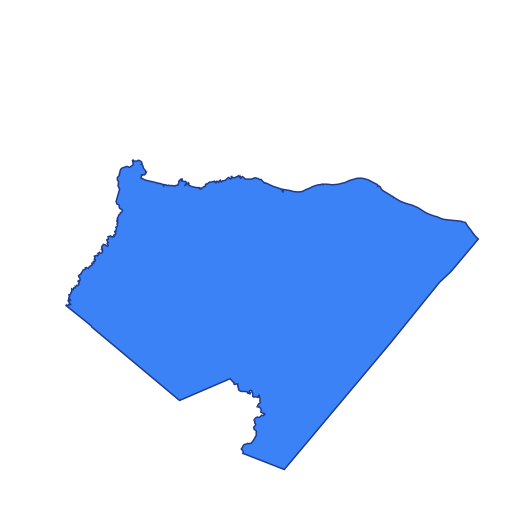 Adelaide Plains, South Australia, Australia (Mercator projection), rotated 130°
{"feature_id": "25037944B85276451636106", "entity_name": "Adelaide Plains", "entity_type": "district", "adm_level": 2, "iso_a3": "AUS", "parent_name": "Australia", "parent_adm1": "South Australia", "projection": "mercator", "projection_center": [138.456, -34.51], "detail": "fine", "context": "isolated", "style": "filled", "palette": "blue", "viewbox_px": 512, "rotation_deg": 130, "n_neighbors": 0, "source": "geoboundaries", "source_scale": "gbopen_adm2", "svg_char_len": 6146}
<svg xmlns="http://www.w3.org/2000/svg" viewBox="0 0 512 512"><g transform="rotate(130 256 256)"><path d="M100.1,96.6L99.9,100.0L99.2,103.8L98.1,108.0L97.1,112.8L95.7,117.2L96.6,118.7L97.6,121.4L105.9,133.6L107.5,136.3L108.5,138.7L109.6,142.7L110.7,144.8L112.9,150.8L113.8,154.4L114.9,163.0L116.9,169.7L118.6,173.2L120.8,178.9L121.5,181.7L122.4,187.2L122.9,188.1L122.4,188.5L122.5,189.4L122.7,190.4L123.1,190.9L122.9,191.5L124.4,201.2L124.2,202.9L123.3,205.1L123.2,206.3L123.4,206.7L124.5,207.5L123.5,208.1L123.3,209.0L125.0,216.5L125.3,216.9L125.1,217.3L125.5,219.0L127.5,223.4L129.1,225.9L131.5,228.5L137.6,232.7L142.6,235.1L148.5,239.4L152.9,243.9L154.1,246.0L157.2,250.1L157.8,250.5L158.2,250.4L158.2,251.4L159.8,252.4L162.1,254.6L166.5,257.3L169.5,258.5L172.9,260.4L176.6,261.9L178.3,263.3L180.2,265.3L182.6,268.9L183.9,271.8L187.5,277.9L188.2,278.0L189.1,276.6L189.7,276.3L190.0,275.9L188.9,277.6L190.0,277.7L188.3,278.1L188.0,279.1L188.2,279.6L188.8,279.9L188.9,280.9L189.2,281.3L189.4,282.2L191.7,287.8L193.4,294.3L194.2,296.2L194.8,296.5L194.5,297.1L194.5,299.1L194.0,301.2L195.1,302.5L195.3,304.1L196.4,306.6L197.8,307.8L199.5,308.4L204.0,313.6L203.8,314.9L203.9,317.5L204.8,317.8L206.0,317.8L205.3,319.2L206.2,318.7L205.7,321.0L207.1,321.3L208.0,322.0L209.5,322.4L211.4,324.8L210.6,325.6L210.9,326.0L211.5,325.8L212.3,324.9L213.4,325.0L213.6,326.3L213.3,327.3L213.6,327.6L217.8,328.2L220.0,329.9L221.6,330.3L221.6,330.7L221.2,331.1L220.9,332.2L223.6,332.0L223.3,333.2L224.0,333.5L224.2,334.3L224.5,334.3L226.0,333.3L225.3,334.4L225.3,334.7L226.0,335.2L225.4,335.9L227.8,337.5L229.2,339.0L230.1,339.4L231.8,339.5L232.5,339.9L232.6,340.4L232.9,340.5L233.7,340.6L234.6,339.9L235.8,339.8L236.1,340.4L239.0,341.2L239.3,341.0L239.4,341.8L240.2,342.6L240.6,342.2L240.6,342.7L240.1,342.8L240.1,343.4L241.7,345.3L243.4,348.4L245.2,353.0L243.9,353.6L243.3,354.7L244.6,354.7L244.6,355.3L245.4,355.4L245.9,355.9L246.6,355.5L247.4,355.8L247.0,356.0L246.5,355.7L245.9,356.1L245.2,355.8L244.2,356.7L244.2,358.1L245.1,358.9L245.7,360.5L246.5,361.2L246.0,361.8L245.0,361.6L244.5,362.0L245.5,363.0L248.2,363.2L248.9,363.0L249.4,362.3L251.0,361.7L251.5,361.3L254.3,363.3L254.7,363.3L254.9,362.8L255.0,363.8L256.6,366.5L257.4,367.1L257.8,368.0L258.7,368.2L258.2,368.2L258.1,368.6L259.2,369.3L259.2,370.2L260.1,371.9L260.6,372.5L261.4,372.0L261.0,373.0L261.9,373.3L261.3,373.4L261.5,374.8L262.7,377.3L263.6,377.9L263.5,378.6L264.7,381.2L268.4,388.3L269.2,390.4L269.8,393.1L270.2,393.3L270.1,394.4L267.8,395.3L266.9,394.7L266.7,394.8L266.9,395.3L266.6,395.1L265.4,393.5L263.8,393.5L262.7,393.8L263.1,394.0L262.3,394.3L261.6,395.7L261.2,398.3L259.6,400.7L259.0,402.2L259.2,402.5L258.8,402.4L257.6,403.8L257.6,405.5L257.9,407.1L258.3,407.7L260.1,408.4L260.6,409.2L261.3,409.8L261.7,411.2L261.5,411.9L262.2,412.0L264.6,409.0L265.5,408.8L269.5,409.9L270.1,412.0L270.8,412.9L275.1,415.3L276.4,415.4L278.5,414.7L279.6,413.8L280.8,413.6L281.8,412.6L285.0,412.6L286.8,411.2L287.0,409.9L287.7,408.9L291.1,406.6L291.6,404.8L292.4,404.1L292.5,403.4L304.2,398.2L305.6,396.0L305.1,394.5L305.2,393.3L306.4,392.3L307.1,391.3L306.8,388.7L306.6,388.1L306.7,387.6L308.7,387.0L309.8,387.7L310.9,387.2L312.9,387.5L314.5,386.7L315.8,386.7L317.3,385.0L317.5,385.0L317.4,385.7L319.1,384.7L318.7,383.9L319.4,383.5L319.6,383.0L320.9,383.0L321.8,381.5L322.7,381.3L324.1,381.9L324.8,380.5L326.1,379.9L326.5,379.2L328.0,380.1L328.7,378.8L328.6,378.3L329.3,377.5L330.0,377.5L330.8,378.3L332.0,378.0L332.3,377.2L333.3,377.6L333.5,377.8L333.5,378.6L334.3,379.0L334.0,380.3L336.4,381.8L337.3,380.6L338.2,379.9L339.4,380.7L339.7,380.5L340.4,379.0L341.0,378.5L340.8,377.8L342.4,377.8L342.6,376.6L343.2,376.0L344.1,376.1L344.4,376.5L344.4,378.8L345.2,380.4L348.3,380.1L348.9,378.8L350.2,378.8L350.0,377.3L351.1,377.1L351.5,376.3L352.2,376.0L353.1,376.3L354.1,377.0L354.3,377.4L353.9,378.2L354.6,378.2L355.5,378.8L355.6,378.1L356.5,377.4L357.3,377.9L357.8,377.6L358.0,378.6L360.1,379.7L360.5,378.4L362.4,377.8L362.5,377.2L362.1,376.7L362.3,376.5L363.4,376.1L364.6,377.0L365.1,376.0L365.5,375.9L365.7,376.6L366.5,376.3L367.1,377.0L367.9,375.7L368.8,376.1L369.4,375.9L370.1,376.6L371.0,376.4L371.8,376.8L373.2,376.4L373.7,377.3L373.8,378.4L374.8,379.2L375.7,378.3L376.3,378.4L377.8,379.5L378.9,379.1L381.8,378.9L382.7,378.4L383.7,379.0L385.0,379.4L385.8,378.5L386.2,376.7L386.9,375.7L388.0,375.1L388.6,375.4L388.8,376.1L389.6,376.2L389.9,375.9L389.8,374.5L391.1,374.1L392.3,373.3L393.2,373.5L393.5,374.4L394.9,374.4L395.4,375.0L396.0,374.3L396.7,374.1L397.5,375.1L399.3,374.5L399.6,376.1L401.8,374.3L403.3,374.2L403.7,373.8L405.0,373.7L406.1,374.4L406.8,372.8L408.0,372.8L408.7,372.1L409.7,371.7L409.6,370.8L408.7,370.3L409.1,369.6L410.0,370.0L410.6,371.2L411.1,371.1L411.8,368.7L412.8,368.3L412.7,367.8L412.0,367.2L412.1,366.8L412.5,366.7L413.2,367.3L413.6,368.3L414.0,368.5L415.1,368.3L415.7,368.8L415.5,369.8L416.1,369.6L415.4,337.6L416.0,335.8L415.8,221.7L366.7,197.0L367.4,191.1L368.2,190.7L368.3,190.0L366.9,189.0L365.8,187.7L366.6,187.2L367.8,185.8L368.7,184.2L369.7,183.4L369.6,181.3L369.1,180.0L367.3,177.9L365.8,175.7L366.2,174.7L366.4,173.8L366.0,173.3L365.4,173.1L365.6,172.4L365.5,172.0L364.3,172.3L364.2,172.8L364.5,173.8L363.6,174.3L362.6,174.0L362.0,173.1L362.0,172.4L362.7,171.8L362.9,170.9L363.5,170.0L365.7,168.2L365.6,167.3L363.8,165.4L363.1,163.6L362.5,163.6L361.6,164.4L360.6,164.3L360.6,164.0L361.4,163.3L362.7,161.1L364.3,160.0L365.7,158.5L366.4,158.4L367.7,159.0L370.7,158.2L370.2,157.1L369.3,156.1L370.5,152.8L371.9,152.4L372.5,151.8L372.0,150.2L372.0,149.3L371.3,148.6L371.5,147.5L372.3,147.4L372.8,147.9L373.8,148.0L374.4,149.4L375.7,149.3L377.6,149.7L378.6,151.5L379.2,151.9L380.3,152.2L382.8,152.1L383.3,151.6L383.4,150.5L384.7,149.8L385.1,148.0L386.1,147.6L388.7,147.7L389.3,147.0L390.0,145.7L389.8,144.5L389.9,143.4L390.7,142.5L391.6,142.1L392.2,141.3L393.1,140.6L398.6,139.5L402.5,139.3L404.6,141.2L404.9,142.0L406.4,142.6L407.9,143.8L409.5,143.9L411.1,143.4L413.0,143.4L413.5,142.8L413.7,141.0L414.2,139.7L415.1,139.4L416.3,139.4L415.6,139.1L401.4,97.1L236.9,97.1L158.2,98.5L142.2,96.6L100.1,96.6Z" fill="#3b82f6" stroke="#1e3a8a" stroke-width="1.5"/></g></svg>